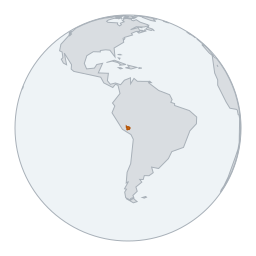 Apurímac on an orthographic globe
{"feature_id": "PER-569", "entity_name": "Apurímac", "entity_type": "Department", "adm_level": 1, "iso_a3": "PER", "parent_name": "Peru", "parent_adm1": "", "projection": "orthographic", "projection_center": [-73.045, -14.013], "detail": "fine", "context": "on_globe", "style": "filled", "palette": "amber", "viewbox_px": 256, "rotation_deg": 0, "n_neighbors": 0, "source": "natural_earth", "source_scale": "10m", "svg_char_len": 5506}
<svg xmlns="http://www.w3.org/2000/svg" viewBox="0 0 256 256"><circle cx="128" cy="128" r="113" fill="#eef3f6" stroke="#a8b0b8"/><path d="M99.0,19.2L102.6,18.6L104.4,18.1L107.6,17.8L110.9,17.2L111.0,17.5L113.5,16.8L112.7,16.7L113.6,16.5L115.5,16.2L115.9,16.4L115.0,16.6L116.1,16.5L115.6,16.8L116.9,16.5L117.2,17.0L119.6,16.2L122.2,16.4L121.6,16.8L118.1,17.1L108.2,20.1L106.6,21.3L107.8,22.3L117.7,22.9L117.4,24.3L119.6,25.9L121.4,24.7L120.3,23.2L124.2,21.8L122.4,20.5L123.8,19.8L123.4,18.6L127.3,18.5L131.3,19.2L131.8,20.3L133.6,20.8L136.2,19.7L140.2,22.2L148.0,24.8L148.6,25.7L144.2,27.0L136.3,26.7L130.6,29.7L138.2,27.6L139.6,30.4L141.5,31.0L143.7,30.9L144.7,29.9L145.9,31.0L138.9,33.1L137.6,32.1L139.9,31.4L136.2,31.4L131.4,33.4L132.5,35.0L124.2,37.5L124.9,38.7L123.5,40.2L123.0,37.9L123.7,42.3L114.1,48.0L115.0,57.0L109.9,50.2L105.6,49.8L100.3,50.5L100.3,51.9L93.3,51.7L86.8,55.7L84.3,63.4L86.6,68.9L94.4,68.1L96.8,64.5L102.6,63.3L98.3,72.9L108.4,73.3L107.4,80.7L110.3,84.3L115.4,83.0L120.6,84.7L124.4,80.2L130.5,77.8L130.6,83.8L134.0,78.4L137.4,81.3L149.4,81.4L148.5,82.7L158.7,90.5L169.6,94.7L172.1,99.6L170.8,102.3L174.6,103.6L174.6,105.5L189.4,110.6L196.7,117.0L196.4,123.8L189.9,130.8L183.5,147.4L171.8,151.6L168.4,158.6L158.6,168.5L151.6,167.1L153.2,172.7L149.0,175.7L144.3,175.6L143.2,179.5L139.7,179.4L141.8,182.1L135.9,187.0L137.2,191.3L132.9,195.4L133.9,197.9L132.3,197.8L130.6,198.7L130.4,200.1L125.7,197.7L124.7,192.1L126.5,189.2L124.5,188.8L128.5,181.5L126.2,183.0L127.1,172.3L130.7,163.6L133.3,139.3L131.0,134.6L122.4,129.3L112.0,112.8L114.8,106.0L112.5,103.0L120.0,93.5L118.0,85.3L115.4,84.3L112.8,87.5L103.8,82.9L100.7,77.2L73.8,71.4L71.2,69.1L71.5,64.6L64.3,53.1L66.6,64.8L63.4,63.1L61.3,59.2L62.9,57.7L62.1,52.0L59.6,50.8L60.9,44.3L69.1,35.3L69.7,35.9L71.6,34.0L71.0,33.2L70.2,33.2L76.0,28.2L75.6,28.3L83.2,24.7L91.0,21.6L99.0,19.2ZM22.3,89.3L23.2,86.9L22.9,87.8L22.3,89.3ZM23.5,86.0L23.2,86.6L23.4,86.2L23.5,86.0ZM23.5,85.9L23.4,86.1L23.5,85.9ZM114.3,60.2L125.9,64.5L119.3,65.3L120.6,64.4L117.6,62.5L112.2,61.1L106.4,62.5L114.3,60.2ZM119.6,54.8L117.6,54.5L119.6,54.4L119.6,54.8ZM69.4,33.5L70.8,33.4L70.4,34.6L69.1,34.8L69.4,33.5ZM70.3,31.8L71.6,31.1L69.3,32.8L69.3,32.6L70.3,31.8ZM121.3,18.8L122.3,18.7L121.8,19.0L121.3,18.8ZM120.1,18.4L118.8,18.8L118.1,18.7L118.9,18.5L120.1,18.4ZM121.9,18.0L117.0,18.5L115.7,18.4L117.7,17.4L121.9,18.0ZM111.7,16.8L112.6,16.9L110.2,17.1L111.7,16.8ZM108.1,17.1L107.6,17.2L109.5,16.9L110.0,17.1L101.4,18.7L101.0,18.6L104.0,18.0L103.0,18.2L108.1,17.1ZM113.8,16.4L112.1,16.6L111.7,16.6L115.0,16.1L114.1,16.3L113.8,16.4ZM115.1,16.2L116.7,15.9L118.6,15.8L115.4,16.2L115.1,16.2ZM110.6,16.7L111.2,16.6L110.1,16.8L110.6,16.7ZM126.1,15.5L124.1,15.6L123.7,15.5L126.1,15.5ZM117.4,15.9L117.2,15.9L116.6,15.9L116.4,16.0L117.4,15.9ZM122.4,15.5L124.1,15.4L124.5,15.4L118.2,15.8L122.4,15.5ZM133.4,202.8L126.1,198.6L130.2,200.5L133.3,198.4L137.1,201.6L133.4,202.8ZM142.3,197.5L145.7,196.5L146.5,197.2L144.3,198.1L142.3,197.5ZM207.9,48.6L213.4,55.6L212.3,55.5L209.1,52.9L201.8,44.6L204.9,45.9L202.3,43.5L197.2,39.3L198.5,40.2L196.8,38.9L197.2,39.1L207.9,48.6ZM220.6,192.1L220.3,192.5L221.2,189.9L223.9,185.9L228.2,177.0L235.4,156.9L238.0,149.2L239.2,142.5L239.5,126.3L239.6,118.7L239.0,114.9L238.2,114.7L237.3,110.1L236.5,109.4L229.9,108.2L226.1,102.0L217.7,85.2L217.7,79.9L214.7,73.1L212.2,55.5L215.0,57.7L216.5,58.4L221.2,64.8L225.5,71.5L229.2,78.6L232.4,85.8L235.2,93.3L237.3,101.0L239.0,108.7L240.1,116.6L240.6,124.6L240.5,132.5L239.9,140.5L238.8,148.3L237.1,156.1L234.8,163.7L232.0,171.2L228.7,178.4L224.9,185.4L220.6,192.1ZM217.0,64.9L218.0,66.8L217.0,64.9ZM149.8,81.3L151.3,82.6L149.3,82.5L149.8,81.3ZM118.4,67.6L120.8,67.7L122.1,68.5L120.2,68.9L118.4,67.6ZM139.1,67.6L141.9,68.1L138.9,68.5L139.1,67.6ZM127.7,65.1L136.8,67.4L131.1,69.0L125.4,67.7L129.3,67.2L127.7,65.1ZM118.4,57.9L120.0,58.2L119.5,59.2L118.4,57.9ZM121.1,54.8L120.5,54.9L119.7,54.1L121.1,54.8ZM140.0,30.3L140.6,30.2L142.9,30.4L141.8,30.8L140.0,30.3ZM152.6,29.1L154.4,30.9L152.4,29.7L151.3,30.5L145.8,29.1L148.6,26.1L148.3,27.6L152.6,29.1ZM139.2,27.0L142.4,27.9L138.8,27.1L139.2,27.0ZM186.6,31.9L188.3,32.9L190.2,34.2L190.1,34.5L187.3,32.5L186.6,31.9ZM195.5,37.8L194.6,37.3L193.8,36.6L192.2,35.5L190.4,34.2L195.5,37.8ZM168.8,23.0L166.0,22.2L163.0,21.0L165.3,21.7L168.8,23.0ZM126.4,16.6L125.0,16.7L124.9,16.6L125.9,16.4L126.4,16.6ZM125.2,15.6L132.2,16.2L131.0,16.3L136.6,17.0L135.6,17.6L132.0,17.0L135.3,18.2L131.7,18.0L134.3,18.8L126.5,17.6L123.4,17.6L127.3,17.3L128.3,16.7L127.8,16.4L124.1,16.0L117.8,16.2L119.5,15.7L121.0,15.6L120.6,15.8L122.9,15.5L123.3,15.7L125.2,15.6ZM157.1,19.2L153.6,19.1L154.0,20.1L155.8,21.4L151.0,20.5L146.3,18.8L142.3,17.3L142.6,16.7L140.4,16.5L139.9,16.3L141.8,16.5L138.5,16.1L135.0,15.6L134.1,15.5L145.7,16.8L157.1,19.2Z" fill="#d9dde1" stroke="#a8b0b8" stroke-width="1"/><path d="M128.2,126.8L128.3,126.8L128.5,126.9L128.6,127.0L128.8,127.1L129.0,127.1L129.2,127.3L129.3,127.3L129.5,127.4L129.6,127.5L129.8,127.7L129.8,127.8L129.8,128.2L129.8,128.4L129.7,128.5L129.5,128.8L129.4,128.8L129.2,128.9L129.2,129.0L129.1,129.3L128.9,129.3L128.7,129.3L128.4,129.3L128.2,129.3L128.1,129.2L128.0,129.3L127.9,129.3L127.7,129.3L127.4,129.4L127.3,129.5L127.2,129.6L127.0,129.4L127.1,129.1L127.1,128.9L127.1,128.7L127.1,128.4L126.9,128.2L126.7,127.6L126.8,127.5L126.7,127.4L126.5,127.2L126.5,126.9L126.5,126.7L126.5,126.4L126.6,126.5L127.0,126.7L127.1,126.8L127.4,126.9L127.5,126.9L127.8,126.9L128.0,126.9L128.2,126.8Z" fill="#f59e0b" stroke="#b45309" stroke-width="1.5"/></svg>